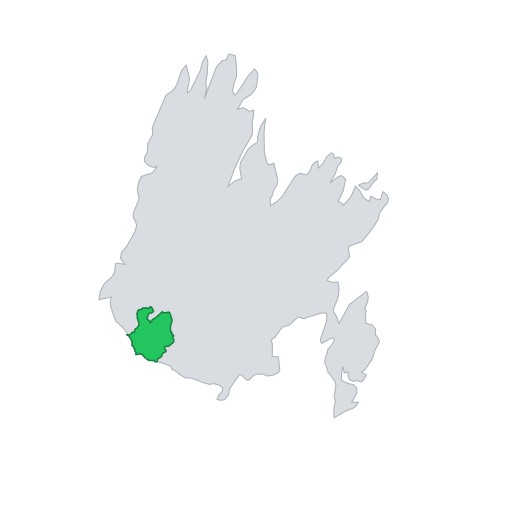 Wicklow highlighted on a map of Ireland, rotated 126°
{"feature_id": "IRL-719", "entity_name": "Wicklow", "entity_type": "County", "adm_level": 1, "iso_a3": "IRL", "parent_name": "Ireland", "parent_adm1": "", "projection": "natural_earth1", "projection_center": [-6.415, 52.953], "detail": "fine", "context": "in_parent", "style": "filled", "palette": "green", "viewbox_px": 512, "rotation_deg": 126, "n_neighbors": 0, "source": "natural_earth", "source_scale": "10m", "svg_char_len": 6595}
<svg xmlns="http://www.w3.org/2000/svg" viewBox="0 0 512 512"><g transform="rotate(126 256 256)"><path d="M323.7,110.3L313.0,115.8L311.4,117.9L308.3,126.4L308.0,128.8L301.3,138.2L297.5,140.2L291.9,141.7L288.6,143.2L284.6,142.4L279.5,142.6L277.0,144.2L277.1,145.5L278.6,147.0L288.0,151.4L287.4,153.2L284.8,155.2L267.9,160.3L262.8,163.4L261.1,165.4L262.8,168.8L276.2,179.0L278.5,180.1L280.4,186.0L292.3,188.5L297.2,192.2L301.3,193.1L310.5,192.8L314.1,194.2L316.2,193.1L317.4,191.2L327.6,183.9L324.5,178.5L334.8,169.3L337.6,169.5L342.5,172.3L346.4,176.2L347.7,181.4L351.4,186.1L353.9,187.7L360.4,188.7L361.9,190.5L360.8,197.3L361.7,199.6L378.4,199.4L385.1,196.5L390.9,197.0L393.7,200.0L395.0,203.2L390.0,204.4L384.8,203.7L382.3,205.8L382.1,209.8L383.9,214.9L387.4,218.5L390.2,226.8L392.5,235.9L396.1,241.4L396.8,248.2L396.3,251.6L397.0,257.6L395.4,259.7L396.6,265.4L402.7,283.7L404.0,298.0L401.0,303.4L396.9,308.5L394.3,314.5L392.3,321.0L391.1,331.5L382.3,343.9L378.6,347.0L374.3,348.8L383.7,357.5L376.0,361.3L367.6,362.5L358.3,360.4L352.5,360.7L345.1,365.1L343.4,364.3L339.9,357.2L337.4,364.6L332.0,366.9L322.8,366.4L307.4,368.3L301.5,370.4L299.0,373.7L297.2,377.5L294.8,379.7L292.1,380.9L280.2,383.7L277.8,384.8L272.3,390.9L265.0,394.4L259.0,395.5L253.8,391.9L251.6,389.8L249.2,388.7L241.0,388.8L243.6,389.9L245.2,392.5L246.0,397.3L245.0,402.0L240.9,404.4L236.1,404.8L228.5,409.7L218.5,411.0L213.0,415.5L179.8,423.1L177.9,423.2L173.3,421.3L168.4,420.4L163.4,421.0L149.5,425.3L142.7,424.5L151.5,413.9L163.1,408.5L164.3,407.1L160.6,406.4L138.6,410.1L130.9,413.2L123.3,414.1L126.9,409.3L136.9,402.7L145.4,398.4L149.1,394.5L159.5,390.1L126.1,399.2L117.4,398.1L115.4,395.5L108.5,396.7L106.1,390.6L116.3,381.3L122.3,377.3L129.3,375.2L136.0,372.1L138.6,368.3L135.5,367.1L115.4,368.1L105.7,367.3L106.3,364.3L108.2,361.0L118.2,355.3L123.6,354.4L128.4,354.9L136.9,358.3L148.2,357.2L143.5,353.6L142.8,346.2L139.3,343.7L143.9,340.3L149.2,338.3L158.2,331.2L161.3,330.1L178.7,328.4L197.5,324.7L216.2,319.6L206.7,316.8L202.2,313.0L194.7,320.6L189.4,323.5L174.5,325.1L169.8,324.2L163.2,321.9L161.1,322.8L159.1,324.6L149.2,328.3L138.8,329.2L151.0,322.4L166.5,310.7L169.9,307.1L174.9,300.7L173.4,297.9L170.3,296.3L181.6,283.1L185.5,280.8L192.6,280.4L197.8,278.3L200.1,278.3L202.2,277.5L206.8,273.6L199.8,271.1L192.5,269.8L170.1,271.2L167.1,270.9L164.4,269.7L162.6,268.0L161.3,263.5L159.7,262.5L154.6,262.5L149.6,263.9L146.1,263.7L142.7,261.8L148.3,257.2L141.3,256.2L134.1,257.1L128.2,255.7L128.1,252.8L130.8,250.0L127.4,247.3L126.7,243.9L130.5,242.2L134.6,242.8L143.0,240.2L153.7,239.0L144.5,236.5L140.9,234.4L140.8,231.1L141.6,228.4L152.3,223.6L163.6,221.6L162.8,218.5L163.6,215.1L152.3,214.1L141.0,216.5L142.3,210.1L145.1,204.3L145.7,200.5L145.2,196.4L139.9,198.2L139.4,192.4L137.2,188.5L129.4,191.2L129.7,186.0L132.0,182.3L136.1,180.8L140.1,181.4L147.6,181.4L154.9,178.7L165.4,177.9L182.0,178.8L193.3,186.5L196.3,185.1L200.9,180.3L203.1,179.7L220.3,181.9L231.0,184.7L233.9,183.8L232.4,178.4L228.7,174.6L233.4,169.7L239.1,166.4L242.8,164.7L251.5,162.7L255.3,160.8L257.9,154.5L262.0,149.2L240.2,151.9L219.6,145.7L222.9,141.3L227.3,138.8L234.9,136.9L235.6,134.6L239.4,132.7L245.8,127.7L243.5,121.2L244.8,116.4L249.4,113.3L250.8,108.9L252.9,105.6L262.1,104.4L270.9,101.4L284.5,101.0L288.1,102.2L287.3,96.8L293.7,96.1L296.2,97.2L297.3,101.0L300.2,103.4L301.0,107.7L299.1,110.9L295.8,113.5L298.7,116.0L294.1,120.7L299.1,118.7L306.2,114.2L305.9,110.4L304.7,105.7L302.7,101.5L303.7,96.8L307.7,93.9L318.2,92.5L313.9,87.2L317.7,86.7L321.9,87.8L328.0,91.9L341.0,97.7L334.6,102.8L326.8,106.4L323.7,110.3ZM138.7,212.2L138.4,214.7L133.4,211.6L131.1,208.2L117.4,206.6L123.2,203.2L125.9,204.2L135.6,204.4L138.3,205.8L138.7,212.2Z" fill="#d9dde1" stroke="#a8b0b8" stroke-width="1"/><path d="M399.7,273.9L400.5,274.6L400.9,275.6L400.5,277.2L401.4,278.2L403.7,282.0L403.6,282.3L403.3,282.5L403.6,283.9L403.5,286.1L403.1,288.1L402.6,289.4L402.3,290.8L403.2,292.2L406.0,294.7L406.3,295.4L405.4,295.7L405.0,296.0L404.3,297.7L404.0,298.0L403.2,298.7L400.9,302.8L401.4,303.5L398.5,305.6L397.7,306.4L397.0,307.7L395.4,311.9L395.8,313.8L395.6,314.2L395.3,313.9L395.0,313.3L394.9,313.0L394.6,312.5L394.4,312.3L394.3,312.1L394.1,312.0L393.1,311.5L392.7,311.4L390.6,311.3L390.2,311.2L389.9,310.7L389.7,310.4L389.6,310.1L389.3,309.9L388.9,309.8L388.4,309.8L387.8,310.0L387.0,310.5L386.4,310.7L385.9,310.8L385.3,310.6L385.0,310.4L384.6,310.2L384.3,310.0L383.8,309.9L380.9,310.2L380.2,310.4L379.6,310.8L378.8,311.5L378.4,312.0L378.2,312.4L378.1,312.7L378.0,313.0L377.8,313.3L377.5,313.5L377.3,313.7L377.0,313.9L376.8,314.1L376.4,315.1L376.0,315.6L375.8,315.8L375.5,316.0L374.6,316.5L374.3,316.7L374.1,316.9L373.9,317.1L373.5,317.7L373.3,317.9L373.0,318.1L372.7,318.4L370.1,319.3L369.7,319.4L369.3,319.4L368.8,319.3L368.3,319.1L367.8,318.5L367.6,318.1L366.7,317.6L364.4,316.8L363.2,315.2L362.9,314.9L362.6,314.5L362.3,314.1L362.2,313.4L361.9,312.9L361.1,311.9L360.7,311.7L360.4,311.6L360.1,311.6L359.5,311.9L359.2,311.8L359.0,311.5L359.0,310.7L359.0,310.2L359.1,309.7L359.3,309.1L359.7,308.5L360.4,307.5L360.6,306.8L360.8,306.5L361.0,306.3L361.4,306.3L361.7,306.3L363.4,307.0L363.7,307.2L363.9,307.5L364.3,308.0L364.5,308.2L364.8,308.4L365.1,308.5L365.9,308.7L366.8,308.7L367.3,308.6L367.9,308.3L368.5,308.0L369.1,307.7L370.6,307.3L370.9,307.1L371.0,306.8L371.1,306.5L371.1,306.1L371.0,304.3L371.0,304.0L371.1,303.7L371.4,303.6L371.7,303.5L371.9,303.4L372.1,303.2L372.1,302.9L371.9,302.5L371.7,302.3L371.4,302.1L371.1,301.9L370.7,301.9L370.2,302.1L369.8,302.3L369.4,302.4L368.9,302.4L368.5,302.4L367.4,302.1L366.8,301.7L364.5,300.8L356.1,299.0L356.2,298.0L356.1,297.3L355.8,296.8L355.4,296.3L354.6,295.4L352.7,293.6L352.6,293.3L352.5,293.1L352.6,292.7L352.8,292.3L353.8,290.7L355.8,288.1L356.7,286.7L356.9,286.4L357.3,286.1L359.1,285.4L360.4,284.8L362.9,284.0L363.2,283.8L366.3,281.6L366.8,281.2L367.0,280.8L367.2,280.3L367.2,280.0L367.1,279.6L367.2,279.2L367.5,278.9L368.5,278.4L368.9,278.1L368.9,277.6L368.8,277.3L368.5,276.7L368.5,276.3L368.7,276.0L369.0,275.8L370.7,275.4L371.0,275.1L371.3,274.8L371.7,273.7L372.0,273.3L372.2,273.1L374.0,272.1L379.7,273.4L380.3,273.7L381.0,274.1L381.0,274.4L381.2,274.9L381.6,275.3L382.6,276.1L383.2,276.2L383.7,276.2L384.0,276.1L384.2,275.9L384.4,275.6L384.6,275.3L384.9,274.7L385.0,274.0L385.1,273.6L385.4,273.2L386.0,272.8L386.4,272.7L386.7,272.8L387.4,273.3L388.0,273.6L389.1,274.0L389.8,274.2L390.4,274.2L392.4,273.4L392.9,273.3L393.4,273.4L396.4,274.7L396.9,274.9L397.3,274.9L397.7,274.9L397.9,274.8L398.6,274.3L399.7,273.9L399.7,273.9Z" fill="#22c55e" stroke="#15803d" stroke-width="1.5"/></g></svg>